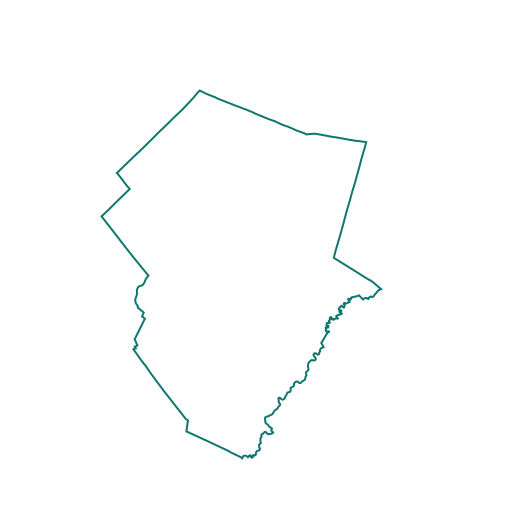 Vartoape, Teleorman, Romania, rotated 59°
{"feature_id": "2599482B18216830560882", "entity_name": "Vartoape", "entity_type": "district", "adm_level": 2, "iso_a3": "ROU", "parent_name": "Romania", "parent_adm1": "Teleorman", "projection": "orthographic", "projection_center": [25.226, 44.2], "detail": "fine", "context": "isolated", "style": "outline", "palette": "teal", "viewbox_px": 512, "rotation_deg": 59, "n_neighbors": 0, "source": "geoboundaries", "source_scale": "gbopen_adm2", "svg_char_len": 6119}
<svg xmlns="http://www.w3.org/2000/svg" viewBox="0 0 512 512"><g transform="rotate(59 256 256)"><path d="M272.9,409.1L290.5,407.7L291.4,407.3L303.0,406.6L325.2,404.4L359.5,400.1L361.9,399.0L370.5,406.0L380.7,399.0L409.2,379.8L409.8,379.6L411.6,378.6L420.7,372.6L421.8,372.1L422.3,372.0L421.4,370.6L421.1,370.2L421.0,369.8L421.0,369.5L421.3,368.6L421.9,367.6L422.4,367.3L424.3,366.6L424.3,366.1L423.7,364.7L423.7,364.0L423.8,363.7L424.1,363.5L424.6,363.9L424.8,363.9L425.6,363.5L426.3,363.8L426.7,363.5L426.8,363.2L426.8,362.5L426.6,362.2L425.5,361.8L425.4,361.6L425.3,360.9L425.4,360.6L426.2,360.2L426.4,359.7L426.4,359.2L425.9,358.1L424.8,357.6L424.1,356.6L423.8,356.0L423.7,355.7L423.8,355.0L424.2,353.9L424.2,353.5L424.2,353.0L423.6,352.2L423.0,351.8L421.9,351.9L421.3,351.5L420.3,351.2L419.5,350.4L419.1,350.0L419.0,348.4L418.8,348.1L417.8,347.9L416.3,347.2L414.6,346.0L414.1,345.5L414.1,344.6L413.4,344.1L412.6,343.9L411.9,343.3L411.8,343.1L411.8,342.6L412.1,341.1L411.4,340.1L411.3,339.4L411.5,338.7L412.2,338.1L413.5,338.0L415.0,337.4L415.2,337.2L415.4,336.1L415.7,335.5L416.1,335.0L416.3,334.4L416.3,332.6L416.3,332.4L416.2,332.2L415.7,332.2L414.9,332.6L413.9,332.8L413.0,332.5L412.6,332.2L412.3,331.3L411.8,331.2L409.1,332.5L406.9,332.7L406.3,332.9L405.5,333.3L404.0,333.7L403.5,333.7L401.6,332.6L400.4,332.4L399.8,332.0L399.5,331.7L399.1,331.0L399.1,330.7L399.1,329.8L399.8,327.7L399.7,325.7L400.0,324.7L400.0,323.5L399.9,323.0L398.9,321.5L398.2,319.5L397.9,318.7L398.0,317.3L397.8,316.1L397.0,315.0L396.7,314.1L396.5,312.9L396.3,312.4L395.7,311.8L395.5,311.6L394.8,311.7L393.3,311.9L392.4,311.6L391.3,310.7L390.0,310.4L389.6,310.2L389.5,309.8L389.4,309.2L389.5,308.8L389.8,308.5L391.4,308.1L392.4,307.5L392.8,307.2L393.1,306.3L393.1,305.7L393.0,305.0L391.4,303.1L391.0,301.8L390.0,300.6L389.6,299.9L389.3,299.2L389.4,298.6L389.9,297.2L389.9,296.7L389.7,296.2L389.5,295.9L389.0,295.5L387.2,294.5L387.0,294.1L386.8,293.7L386.8,293.3L387.0,292.6L387.1,291.8L386.8,290.5L386.6,290.1L385.3,289.5L385.1,289.3L384.8,288.9L384.3,287.4L384.3,286.5L384.4,286.0L384.9,285.4L385.5,284.9L387.1,284.3L387.7,283.6L387.8,282.7L387.2,280.7L387.3,278.9L387.2,278.1L387.0,277.5L386.8,277.2L385.8,276.5L385.3,276.0L384.4,274.4L382.5,273.6L381.6,273.0L381.3,272.6L381.0,270.9L380.5,269.8L380.2,269.4L377.8,268.5L376.6,268.0L375.9,267.3L374.7,265.9L374.3,265.1L373.9,263.1L373.8,262.4L373.9,262.0L374.3,261.2L375.2,260.5L375.4,260.3L375.5,259.9L375.6,258.8L375.5,258.3L375.1,257.8L374.5,257.5L373.7,257.5L372.4,257.8L371.7,257.9L370.9,257.8L370.2,257.5L369.7,256.9L369.6,256.6L369.6,255.8L370.2,254.8L370.9,254.7L372.2,254.0L372.5,253.4L372.6,253.0L372.5,252.6L372.4,252.3L371.6,251.8L371.3,251.6L370.9,250.3L369.9,249.9L369.4,249.3L369.0,248.7L368.7,248.0L368.6,247.4L368.9,245.8L368.9,245.0L364.2,244.8L359.0,235.1L358.7,235.0L358.5,234.7L358.4,234.1L358.7,233.4L358.8,233.1L358.7,232.6L358.4,232.3L358.1,232.3L358.0,232.5L357.9,233.2L357.5,233.9L356.2,234.6L356.0,234.3L355.7,234.0L355.2,234.2L354.3,233.6L353.5,233.3L353.2,232.9L353.7,232.5L354.4,231.3L354.4,231.0L354.3,230.8L353.4,230.1L353.1,230.0L352.9,230.3L352.6,231.0L352.3,231.2L351.8,231.2L351.2,231.0L350.4,230.2L350.1,229.5L350.3,229.1L351.2,227.9L351.3,227.6L351.1,227.2L350.9,227.0L350.7,227.1L350.5,227.4L350.2,227.5L349.5,227.2L349.2,226.8L349.0,226.0L348.6,225.4L347.6,225.0L347.3,224.8L346.9,224.2L346.9,223.7L346.9,223.4L347.3,223.0L347.6,223.1L348.4,223.8L348.9,223.8L349.0,223.7L349.1,223.1L349.4,222.7L350.2,222.7L350.5,222.6L350.5,222.3L350.3,221.7L350.6,221.0L350.5,220.5L350.5,219.4L350.6,219.1L350.8,218.9L351.7,218.5L351.8,218.3L351.8,218.1L351.6,218.0L350.6,218.3L350.0,218.1L348.8,218.1L348.7,217.9L348.8,217.1L348.8,216.6L348.9,215.7L349.8,212.9L349.8,212.4L349.6,212.1L349.4,212.1L348.7,212.4L347.9,212.4L347.7,212.5L347.4,213.2L347.1,213.3L346.7,213.2L346.6,212.9L346.6,212.7L347.2,211.9L347.2,211.4L346.9,211.0L346.5,211.1L345.7,211.9L344.7,212.5L344.0,212.3L343.9,211.7L343.4,211.5L342.8,209.2L342.7,208.8L342.7,208.3L344.6,207.8L345.4,207.5L345.5,207.1L345.4,206.9L344.8,206.6L344.4,205.8L344.0,205.4L343.6,205.5L342.3,205.5L342.1,205.3L341.7,204.6L341.7,204.3L341.8,204.2L342.8,204.0L343.0,203.7L343.3,202.4L343.1,201.4L343.6,200.1L343.6,199.5L342.9,198.8L342.5,198.9L341.6,199.3L340.5,199.3L340.3,199.2L340.2,198.9L340.8,198.5L341.2,198.0L341.7,196.9L341.7,196.5L340.8,196.1L340.7,195.7L341.1,194.2L342.5,190.0L342.7,188.1L348.4,186.6L348.1,185.4L348.3,184.1L348.5,183.5L349.4,182.5L350.4,182.2L350.7,181.9L350.6,181.4L350.0,180.8L349.7,179.6L349.7,179.0L349.8,178.6L350.1,178.1L350.9,177.7L351.2,177.3L351.2,176.1L351.1,175.7L350.6,175.1L348.5,168.7L348.7,167.4L348.8,165.8L346.0,166.8L338.9,169.1L335.9,170.4L335.9,170.6L334.8,171.3L297.8,190.2L297.5,190.1L292.8,185.4L281.3,172.9L273.8,165.0L264.5,155.4L258.4,148.8L256.5,146.6L255.6,145.8L249.3,139.2L245.5,134.8L240.6,129.7L229.9,118.4L229.7,118.3L228.7,117.4L217.3,105.0L215.2,102.9L209.9,109.3L208.6,111.3L208.0,112.0L207.2,112.8L204.4,116.2L196.0,125.7L193.5,128.8L189.6,133.3L189.1,133.6L187.7,135.5L186.2,137.0L181.5,142.5L178.8,147.8L177.9,149.8L177.9,150.1L176.6,150.7L168.6,157.1L162.1,161.6L157.8,165.3L152.7,168.8L150.6,170.1L145.7,174.2L141.4,177.5L133.8,183.1L130.6,185.2L125.3,189.1L124.8,189.6L120.5,192.9L114.8,197.5L112.7,199.0L109.6,201.5L103.6,206.0L101.5,207.7L99.1,209.1L91.9,214.7L85.2,219.0L86.0,222.1L88.0,227.8L90.1,234.9L92.0,241.9L92.2,242.1L95.2,255.9L97.1,263.4L100.2,277.1L102.6,286.4L106.4,302.4L106.8,304.7L108.8,313.7L109.0,314.3L111.8,326.5L112.8,330.5L113.2,332.5L113.7,332.3L121.6,331.3L125.9,330.9L129.8,330.4L133.5,329.7L138.3,350.1L140.3,358.0L142.5,368.0L162.7,365.5L177.8,363.8L194.3,361.7L215.8,358.6L216.2,358.5L216.8,358.1L217.1,358.2L217.5,358.4L217.6,358.7L218.0,359.8L219.1,362.5L219.5,363.0L220.7,364.5L221.5,365.8L222.3,367.4L222.4,368.6L222.4,369.2L221.9,370.9L221.8,372.5L222.1,373.4L223.6,375.4L224.9,376.3L226.6,377.0L228.4,378.7L231.3,382.2L234.3,383.3L238.0,383.1L239.2,383.9L246.7,381.4L249.2,384.8L252.5,383.5L264.9,402.9L271.5,403.7L271.4,406.8L273.1,406.5L272.9,409.1Z" fill="none" stroke="#0f766e" stroke-width="2"/></g></svg>